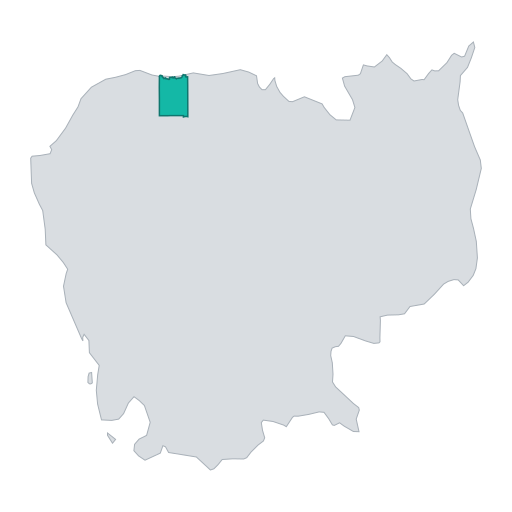 Anlong Veaeng, Siemréab, Cambodia (highlighted)
{"feature_id": "14789045B31734581894199", "entity_name": "Anlong Veaeng", "entity_type": "district", "adm_level": 2, "iso_a3": "KHM", "parent_name": "Cambodia", "parent_adm1": "Siemréab", "projection": "natural_earth1", "projection_center": [103.997, 14.166], "detail": "fine", "context": "in_parent", "style": "filled", "palette": "teal", "viewbox_px": 512, "rotation_deg": 0, "n_neighbors": 0, "source": "geoboundaries", "source_scale": "gbopen_adm2", "svg_char_len": 5156}
<svg xmlns="http://www.w3.org/2000/svg" viewBox="0 0 512 512"><path d="M473.4,42.0L474.8,47.5L471.3,57.9L467.5,67.4L460.4,75.6L460.1,81.7L457.7,99.7L458.6,105.5L460.3,110.4L462.7,113.0L468.9,130.7L474.6,146.8L480.3,160.0L481.3,168.4L476.2,189.6L470.3,209.0L470.9,218.7L473.5,228.4L476.3,241.4L477.4,257.9L475.9,268.7L473.2,275.4L468.1,282.2L463.6,285.7L458.2,279.9L453.9,279.6L448.1,281.4L443.6,284.1L434.4,294.2L424.2,304.0L410.0,306.5L404.5,313.8L398.6,314.8L387.4,315.1L380.1,316.8L380.4,320.5L379.9,337.8L380.0,341.8L378.9,342.9L373.8,343.4L365.2,340.8L353.6,336.5L345.3,335.8L341.0,343.3L338.5,346.3L335.4,346.7L332.1,348.1L331.0,351.4L330.7,355.6L332.3,362.8L333.0,374.2L332.5,382.0L335.6,386.9L353.4,403.5L358.7,407.6L359.3,410.1L356.2,419.1L359.0,431.7L353.4,431.5L344.1,426.1L339.6,422.8L334.3,425.4L332.4,424.9L328.7,418.7L324.0,412.3L319.1,411.9L308.7,414.4L298.1,416.2L294.1,416.1L292.5,417.3L286.3,426.7L283.7,425.1L273.1,421.5L263.3,420.1L261.3,422.6L262.5,430.3L264.7,437.8L263.4,441.0L258.1,445.0L251.0,452.1L246.7,457.7L243.7,459.0L232.9,458.8L222.2,459.5L217.9,464.8L213.9,468.8L210.4,470.0L196.4,457.0L168.6,452.5L165.5,446.8L162.9,445.7L160.3,453.1L145.0,460.2L138.6,455.9L133.9,450.7L134.6,444.3L139.1,439.1L146.6,435.4L150.2,422.3L144.4,405.5L139.3,400.6L134.0,396.7L128.4,403.0L123.6,413.6L118.7,419.1L111.7,420.4L101.5,419.9L97.6,404.0L96.3,390.3L97.7,374.7L99.2,365.4L89.4,352.7L88.9,340.5L84.1,334.3L82.7,337.4L82.9,340.9L81.5,338.4L66.1,302.7L63.5,286.2L66.2,273.5L67.7,269.2L63.3,262.5L57.0,254.9L45.9,244.9L45.2,229.2L42.7,210.5L39.4,204.3L34.3,192.8L31.6,183.3L30.7,158.2L32.1,156.2L40.0,155.5L50.1,153.7L51.7,149.6L49.9,146.3L56.4,140.6L65.6,128.1L72.8,115.1L78.0,106.9L81.0,98.7L91.4,87.2L105.8,79.2L115.5,77.3L125.6,74.6L135.3,70.7L139.9,70.4L152.0,75.0L158.5,76.2L165.3,76.2L172.4,76.7L178.6,76.2L193.3,72.9L209.0,75.5L223.0,73.5L240.3,69.7L248.8,72.1L256.5,75.8L257.6,83.5L259.4,87.0L262.0,89.7L265.4,89.7L269.8,84.3L273.5,78.8L274.7,77.8L274.9,80.5L276.7,86.5L280.0,92.4L283.4,96.3L288.9,101.4L292.5,101.7L304.4,96.8L322.1,103.9L324.2,107.5L329.9,114.7L336.2,119.9L350.0,120.2L354.9,107.5L352.5,99.7L344.6,86.1L342.4,78.1L344.9,76.7L358.3,75.2L360.4,73.7L363.4,64.9L367.0,65.9L374.4,67.0L382.2,61.0L386.8,54.7L389.4,57.6L392.2,62.0L395.2,64.5L400.8,68.3L407.1,73.7L410.9,78.9L414.0,81.0L422.0,79.5L424.1,79.7L428.7,73.4L431.9,69.9L434.7,70.9L438.6,70.8L446.9,62.7L451.6,55.3L454.2,53.3L461.6,57.0L464.6,56.2L468.8,46.0L473.4,42.0ZM92.3,382.9L90.8,383.9L89.4,383.8L87.9,382.4L88.1,376.6L89.1,373.1L91.6,372.5L92.3,382.9ZM115.6,439.4L112.5,443.2L107.5,435.3L107.5,433.0L115.6,439.4Z" fill="#d9dde1" stroke="#a8b0b8" stroke-width="1"/><path d="M187.8,116.7L187.8,112.2L187.7,87.2L187.7,85.8L187.6,76.8L187.4,76.8L187.2,76.8L186.8,76.9L186.7,76.9L186.5,77.0L186.3,77.0L186.2,77.0L186.0,76.9L185.8,76.9L185.7,76.8L185.6,76.7L185.6,76.4L185.7,76.2L185.8,75.9L185.8,75.7L185.8,75.3L185.7,75.2L185.4,75.0L185.3,74.9L185.2,74.9L184.9,74.9L184.7,75.0L184.4,75.1L184.2,75.0L184.0,74.9L183.8,74.9L183.7,74.8L183.4,74.7L183.2,74.6L183.1,74.8L183.1,75.0L183.0,75.3L182.9,75.5L182.7,75.5L182.3,75.7L182.3,75.9L182.3,76.0L182.2,76.4L182.2,76.5L182.0,76.8L181.9,77.0L181.8,77.4L181.6,77.5L181.4,77.6L181.2,77.8L180.8,77.9L180.7,77.9L180.4,77.9L180.3,78.0L180.1,78.0L179.9,78.2L179.7,78.2L179.4,78.2L179.2,78.0L178.9,78.0L178.7,78.1L178.4,78.2L178.4,78.3L178.2,78.3L177.9,78.3L177.7,78.3L177.4,78.3L177.2,78.4L176.9,78.4L176.7,78.4L176.6,78.5L176.4,78.7L176.3,78.4L176.2,78.4L175.8,78.3L175.6,78.3L175.4,78.3L175.3,78.2L175.2,78.2L175.0,77.9L174.9,77.8L174.9,77.7L174.8,77.4L174.8,77.2L174.8,76.9L174.7,76.8L174.4,76.8L174.2,77.0L173.9,77.3L173.8,77.5L173.7,77.6L173.6,77.9L173.4,77.9L173.2,77.8L172.8,77.8L172.8,77.7L172.7,77.5L172.7,77.4L172.6,77.2L172.4,77.0L172.2,77.0L171.8,77.3L171.6,77.5L171.4,77.5L171.2,77.5L170.8,77.5L170.6,77.5L170.3,77.4L170.1,77.4L169.8,77.4L169.7,77.4L169.6,77.5L169.4,77.9L169.4,78.1L169.3,78.3L169.3,78.5L169.4,78.9L169.5,79.1L169.4,79.2L169.4,79.3L169.2,79.4L168.8,79.3L168.7,79.3L168.5,79.2L168.3,79.2L168.2,79.3L168.0,79.2L167.8,79.2L167.7,79.1L167.5,78.9L167.3,78.8L167.2,78.8L166.9,78.8L166.7,78.9L166.4,78.8L166.3,78.7L166.2,78.6L165.8,78.6L165.6,78.7L165.4,78.6L165.4,78.4L165.5,78.2L165.5,77.9L165.4,77.9L165.3,78.0L165.1,78.1L164.8,78.2L164.7,78.1L164.4,78.1L164.2,78.1L164.1,78.3L164.1,78.5L163.9,78.6L163.7,78.3L163.6,78.2L163.4,77.8L163.2,77.8L163.0,77.7L162.9,77.3L162.8,77.1L162.7,77.0L162.7,76.9L162.4,76.8L162.2,76.8L162.1,76.7L162.1,76.4L162.1,76.2L162.2,75.9L161.9,75.7L161.7,75.6L161.4,75.6L161.2,75.5L160.9,75.4L160.7,75.4L160.4,75.3L160.2,75.3L159.8,75.6L159.7,75.7L159.7,75.8L159.5,76.2L159.4,76.4L159.3,76.5L159.3,76.8L159.5,76.9L159.5,77.0L159.4,77.1L159.3,87.3L159.4,99.5L159.4,101.3L159.4,112.2L159.4,115.7L161.0,115.7L164.4,115.7L168.0,115.7L170.1,115.6L173.5,115.6L177.2,115.6L183.5,115.6L183.5,115.8L183.5,116.0L183.4,116.1L183.4,116.3L183.4,116.5L183.4,116.8L183.4,117.0L183.5,117.0L184.0,116.8L184.2,116.7L184.7,116.6L185.3,116.5L185.7,116.5L186.2,116.4L186.5,116.4L186.9,116.5L187.0,116.6L187.4,116.6L187.8,116.7Z" fill="#14b8a6" stroke="#0f766e" stroke-width="1.5"/></svg>